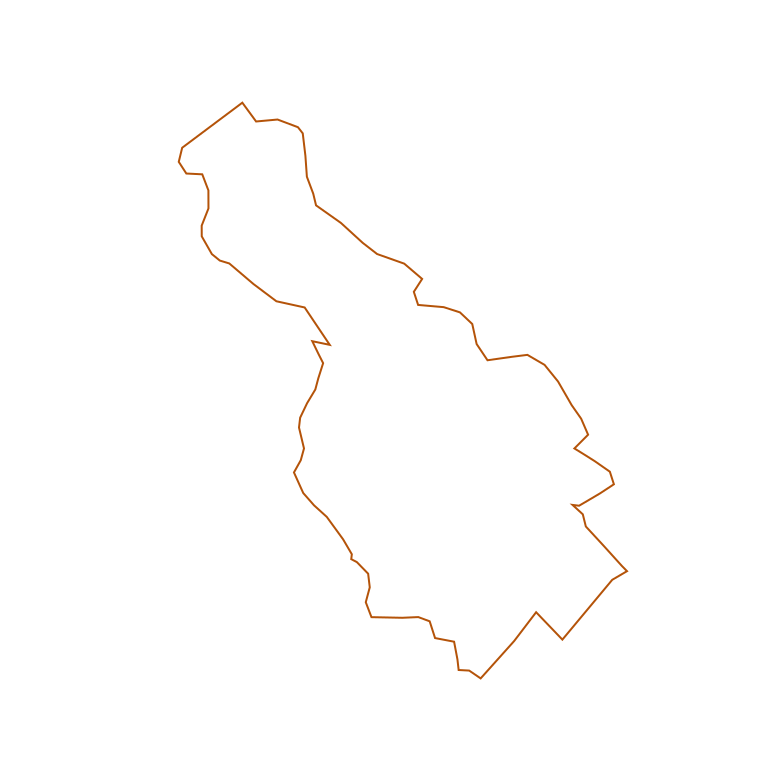 the district of Kolossi, Limassol, Cyprus, rotated 325°
{"feature_id": "46923920B20353640132461", "entity_name": "Kolossi", "entity_type": "district", "adm_level": 2, "iso_a3": "CYP", "parent_name": "Cyprus", "parent_adm1": "Limassol", "projection": "robinson", "projection_center": [32.934, 34.671], "detail": "fine", "context": "isolated", "style": "outline", "palette": "amber", "viewbox_px": 768, "rotation_deg": 325, "n_neighbors": 0, "source": "geoboundaries", "source_scale": "gbopen_adm2", "svg_char_len": 1289}
<svg xmlns="http://www.w3.org/2000/svg" viewBox="0 0 768 768"><g transform="rotate(325 384 384)"><path d="M281.1,661.1L289.4,667.6L294.3,680.6L343.2,669.2L377.7,658.2L383.5,695.7L458.7,675.3L475.7,676.7L474.5,669.5L471.1,642.3L467.6,616.5L472.1,604.8L469.1,591.2L474.0,595.6L498.1,597.5L514.8,598.0L518.7,585.4L512.3,567.9L506.5,554.1L503.0,546.0L522.1,542.6L525.6,525.5L525.6,509.0L528.0,481.8L526.5,460.4L519.1,444.4L518.2,442.4L504.4,435.1L482.4,423.9L482.8,404.4L490.7,385.5L487.3,368.9L477.0,355.3L457.3,338.8L461.3,325.6L475.5,319.8L469.6,297.0L452.9,273.6L447.5,256.1L441.1,227.4L430.8,198.7L435.2,187.5L439.7,170.0L450.5,152.0L461.2,132.1L460.8,124.3L448.5,106.3L429.8,95.6L429.3,72.3L354.2,74.7L343.3,84.3L342.8,98.2L355.4,108.0L351.2,124.7L340.9,139.5L325.5,149.7L319.4,158.5L317.5,178.9L320.3,188.7L326.4,196.5L334.4,227.2L343.3,254.5L362.9,275.8L362.5,295.8L362.0,320.8L349.8,307.8L347.5,322.2L346.1,332.0L333.4,341.7L324.6,349.1L310.0,355.6L296.0,363.5L289.4,370.9L281.5,390.9L272.1,398.7L259.5,404.8L255.3,427.0L257.1,443.3L260.9,460.0L261.4,487.8L260.0,505.0L256.7,508.7L259.6,514.3L262.2,530.3L255.7,542.4L243.9,552.3L240.0,567.8L264.9,586.0L278.4,594.6L285.3,604.6L280.1,621.4L293.6,635.3L286.2,651.7L281.1,661.1Z" fill="none" stroke="#b45309" stroke-width="2"/></g></svg>